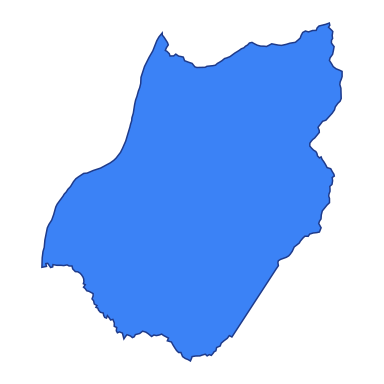 Couto Magalhães, Tocantins, Brazil
{"feature_id": "56859067B61149343342397", "entity_name": "Couto Magalhães", "entity_type": "district", "adm_level": 2, "iso_a3": "BRA", "parent_name": "Brazil", "parent_adm1": "Tocantins", "projection": "albers", "projection_center": [-49.159, -8.438], "detail": "fine", "context": "isolated", "style": "filled", "palette": "blue", "viewbox_px": 384, "rotation_deg": 0, "n_neighbors": 0, "source": "geoboundaries", "source_scale": "gbopen_adm2", "svg_char_len": 3623}
<svg xmlns="http://www.w3.org/2000/svg" viewBox="0 0 384 384"><path d="M41.9,267.3L46.5,266.4L45.8,263.6L47.7,263.3L49.1,265.3L50.6,267.5L52.7,266.9L53.0,264.6L56.8,265.3L61.1,265.3L63.8,265.6L67.1,264.9L69.1,266.0L72.0,266.0L72.7,268.9L75.3,271.6L77.8,271.8L80.1,273.2L81.6,274.9L83.0,277.1L83.7,278.9L83.9,281.8L83.3,283.7L85.3,284.7L83.5,287.2L85.0,288.4L86.8,290.8L88.9,291.3L93.1,293.6L93.1,296.0L92.0,298.9L93.6,300.8L94.3,304.0L97.0,305.6L95.9,307.3L97.8,308.1L98.5,310.1L100.4,312.3L103.2,313.0L103.7,315.5L104.7,317.4L106.5,318.1L107.4,315.6L109.1,317.7L110.6,320.0L112.9,319.4L114.3,322.9L114.2,326.3L116.7,327.5L116.3,330.8L117.4,332.8L119.5,331.9L122.4,333.1L122.9,335.1L123.9,338.9L125.5,336.5L127.0,334.7L130.5,336.0L132.4,337.6L134.2,336.8L135.4,334.6L139.7,333.5L142.6,331.2L145.8,332.1L148.2,333.7L151.6,336.5L153.9,335.0L156.4,335.6L159.2,335.0L161.7,334.1L163.4,335.4L168.5,338.1L167.3,340.8L171.4,342.0L173.0,345.0L174.8,347.9L176.6,350.6L178.6,352.5L180.9,352.5L182.6,356.6L185.3,358.5L188.3,359.7L190.4,361.0L191.4,358.7L192.1,356.6L195.6,356.0L199.9,355.9L202.4,355.0L205.3,354.2L207.1,355.9L209.3,354.6L211.3,355.4L213.0,353.4L214.2,351.7L215.9,350.8L216.6,347.5L220.2,346.0L221.2,343.2L223.7,341.0L227.3,338.3L229.3,335.6L231.9,337.0L276.2,268.9L278.4,265.7L277.9,262.7L278.3,260.8L280.5,259.4L286.3,257.3L288.7,255.9L290.3,254.1L292.3,251.2L294.2,247.0L299.3,243.0L300.3,241.2L302.8,238.2L304.9,236.2L308.2,236.3L309.7,234.1L313.2,233.0L316.9,232.6L319.4,232.0L321.1,227.8L318.7,223.4L319.6,221.0L321.0,219.0L321.3,214.9L322.3,210.9L327.0,205.1L329.5,202.7L329.5,198.5L328.7,196.0L329.0,194.0L330.0,191.3L330.0,188.8L329.8,186.4L332.0,184.4L332.6,180.8L332.2,177.5L334.3,176.1L333.9,174.2L332.2,171.5L330.7,168.7L327.1,167.6L325.5,164.5L323.8,161.7L322.1,159.4L321.1,156.9L319.4,157.9L317.5,155.9L316.9,153.3L315.8,151.5L313.5,150.1L311.5,148.1L309.8,146.1L309.8,143.3L311.0,141.5L312.7,139.5L314.7,138.0L319.3,132.4L319.2,130.3L318.0,127.3L321.1,123.3L322.6,121.3L325.9,120.2L330.1,115.5L332.2,113.2L334.5,109.8L335.3,106.9L337.8,103.4L340.1,101.2L341.2,98.5L340.9,88.2L339.8,84.5L340.2,81.8L341.3,79.2L342.1,76.6L342.1,71.4L339.4,70.1L336.1,68.8L333.2,66.6L331.6,63.8L329.4,60.4L330.1,57.8L332.6,54.3L333.4,50.6L334.1,46.6L332.6,44.7L331.4,42.9L331.5,40.2L332.6,38.5L332.2,35.5L332.8,31.5L331.5,30.1L328.5,27.2L329.8,25.3L329.3,23.0L325.8,24.3L319.0,26.0L317.2,27.8L316.2,30.4L312.6,30.5L308.5,31.9L305.4,31.0L302.7,32.5L301.2,35.3L300.2,38.1L295.4,42.3L289.9,43.2L286.4,44.3L281.5,45.4L278.3,45.1L271.7,43.8L268.7,45.4L266.5,46.5L264.4,46.2L260.6,46.1L257.3,45.2L254.3,43.7L252.0,42.4L249.4,43.0L247.6,45.0L245.5,46.2L243.9,47.8L241.3,48.8L239.3,50.3L236.9,51.8L234.9,53.0L230.0,56.6L226.5,58.0L224.6,58.5L221.8,60.8L219.2,62.4L217.4,63.4L215.4,65.2L212.7,65.7L206.9,66.3L205.2,67.3L196.8,67.5L194.8,66.8L192.1,63.4L188.5,62.2L184.6,60.7L183.3,57.1L181.3,56.6L178.6,56.1L175.8,54.1L173.7,55.9L170.0,56.0L169.3,53.7L167.0,51.4L165.3,50.4L166.5,47.6L168.3,44.9L167.5,42.6L164.1,37.3L162.3,35.1L162.2,33.0L158.9,37.0L156.8,40.7L152.8,50.9L149.1,57.3L144.5,66.5L141.0,77.3L140.7,83.5L139.7,87.7L138.4,91.0L136.9,96.5L135.6,100.0L134.6,104.7L133.3,113.2L131.9,117.9L131.7,120.7L130.6,124.1L129.9,127.1L125.7,141.1L122.5,148.4L120.5,152.4L116.1,158.1L113.8,160.3L110.2,162.9L100.5,168.1L93.2,170.5L87.1,173.1L83.7,173.4L78.5,176.8L75.9,178.7L73.6,181.5L70.5,186.6L67.9,189.3L66.2,192.0L64.3,194.0L63.0,196.2L59.3,201.2L57.2,204.1L55.8,206.9L53.7,214.5L51.7,220.1L49.0,224.3L47.3,227.9L44.9,240.0L44.2,247.5L43.0,251.5L42.2,257.8L41.9,267.3Z" fill="#3b82f6" stroke="#1e3a8a" stroke-width="1.5"/></svg>